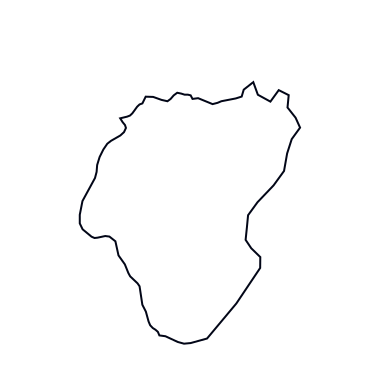 outline of Kiryandongo, rotated 216°
{"feature_id": "UGA-5609", "entity_name": "Kiryandongo", "entity_type": "District", "adm_level": 1, "iso_a3": "UGA", "parent_name": "Uganda", "parent_adm1": "", "projection": "robinson", "projection_center": [32.118, 2.003], "detail": "fine", "context": "isolated", "style": "outline", "palette": "ink", "viewbox_px": 384, "rotation_deg": 216, "n_neighbors": 0, "source": "natural_earth", "source_scale": "10m", "svg_char_len": 1206}
<svg xmlns="http://www.w3.org/2000/svg" viewBox="0 0 384 384"><g transform="rotate(216 192 192)"><path d="M287.3,166.0L288.7,174.3L288.9,181.3L287.6,185.8L283.2,195.6L282.2,200.5L283.1,205.0L285.6,206.8L289.1,207.7L293.4,209.4L288.8,214.8L287.1,217.4L286.5,220.6L286.5,228.8L285.9,232.0L284.2,234.5L285.5,241.9L279.3,246.1L270.8,248.6L265.2,251.0L264.0,254.7L263.6,259.4L262.3,263.6L258.5,265.3L255.2,266.4L252.6,268.3L249.9,269.4L246.3,267.6L242.2,271.5L227.0,275.2L223.7,279.2L221.6,282.7L211.6,293.4L207.9,298.4L210.3,305.2L207.0,316.9L195.9,309.4L181.7,311.2L181.7,325.4L170.7,327.2L164.4,316.5L151.9,313.0L142.4,307.6L142.4,293.4L137.7,279.1L129.9,263.1L129.9,245.3L133.0,222.2L133.0,206.2L126.7,195.5L120.5,184.8L111.0,181.3L98.5,179.5L92.2,170.6L90.6,127.9L93.7,82.3L104.3,69.0L109.3,64.6L115.4,62.3L128.7,59.7L134.1,56.8L137.4,58.8L140.6,59.1L143.8,58.9L147.5,59.6L151.0,61.7L159.0,68.1L165.9,71.6L179.0,84.9L182.4,86.1L192.4,87.4L195.8,89.0L203.8,94.0L214.2,97.5L225.0,107.1L232.6,107.4L236.3,105.4L241.6,99.5L243.8,97.5L247.0,96.8L258.5,97.5L258.9,97.7L264.3,100.6L269.4,107.6L275.3,120.3L278.7,146.3L281.0,152.2L284.6,158.1L287.3,166.0Z" fill="none" stroke="#020617" stroke-width="2"/></g></svg>